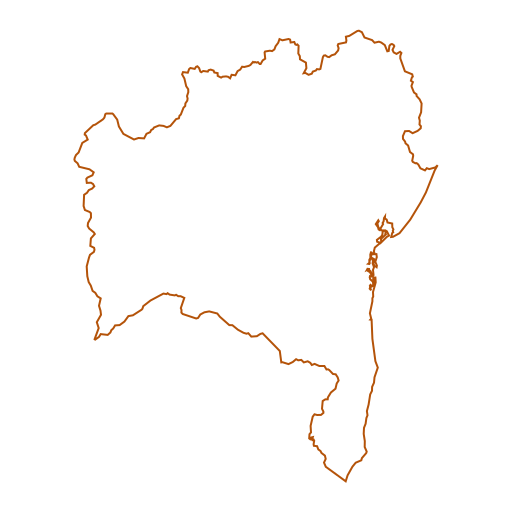 outline of Bahia
{"feature_id": "BRA-624", "entity_name": "Bahia", "entity_type": "State", "adm_level": 1, "iso_a3": "BRA", "parent_name": "Brazil", "parent_adm1": "", "projection": "natural_earth1", "projection_center": [-41.603, -13.426], "detail": "fine", "context": "isolated", "style": "outline", "palette": "amber", "viewbox_px": 512, "rotation_deg": 0, "n_neighbors": 0, "source": "natural_earth", "source_scale": "10m", "svg_char_len": 5932}
<svg xmlns="http://www.w3.org/2000/svg" viewBox="0 0 512 512"><path d="M429.2,169.1L435.4,167.4L437.6,165.2L434.7,170.4L425.9,192.5L420.7,202.4L410.2,219.7L399.5,233.2L393.0,236.8L391.2,237.0L392.2,233.1L393.0,232.3L393.4,233.2L392.8,230.8L393.4,229.4L392.3,227.2L392.2,223.5L387.5,222.5L386.7,219.6L384.9,218.5L385.0,216.5L384.0,218.1L383.6,221.4L382.6,223.0L383.1,224.1L380.4,228.6L378.9,228.2L378.2,226.8L377.4,223.4L378.8,221.2L378.3,220.3L375.8,224.1L378.0,227.2L378.6,229.4L379.6,230.1L380.8,229.3L381.3,230.4L383.6,230.4L382.6,232.2L382.4,234.6L381.2,236.6L376.9,239.9L377.1,241.7L380.4,242.8L374.8,247.6L373.9,251.2L374.5,253.3L371.2,253.1L371.2,251.5L370.3,254.6L370.4,257.8L369.3,259.9L369.4,262.8L368.2,263.8L369.3,264.0L369.7,263.4L369.5,261.1L370.4,259.0L371.2,258.5L372.3,259.1L373.0,261.1L372.6,263.3L374.0,267.2L373.0,269.9L373.5,274.7L372.6,274.7L371.5,273.7L370.6,271.2L369.3,270.3L369.1,269.0L367.5,268.8L366.8,270.1L368.1,269.5L368.1,271.1L369.9,272.1L371.4,274.9L372.9,275.9L372.3,276.7L370.0,276.1L369.7,277.3L370.2,279.3L372.8,281.6L373.4,285.0L371.5,285.8L370.5,284.9L369.9,285.7L370.3,286.8L369.7,288.7L371.1,290.3L370.1,287.3L374.3,285.3L373.8,281.6L374.5,280.5L373.1,279.0L374.1,277.5L375.4,277.5L375.7,282.4L373.0,292.0L373.2,296.6L372.4,298.2L372.4,301.3L369.9,313.3L371.2,318.7L370.4,319.6L371.6,319.8L372.4,338.9L375.4,361.2L377.8,367.6L374.5,377.3L374.0,382.7L372.1,386.9L372.0,390.8L370.2,394.4L368.6,404.6L366.9,411.1L367.5,415.3L366.4,418.0L365.6,423.8L364.0,427.8L363.7,433.9L364.8,441.1L364.7,447.0L366.7,451.6L366.2,453.1L361.9,458.1L361.3,460.3L355.7,462.7L352.5,466.6L347.6,475.3L345.7,481.3L325.8,466.8L324.0,462.6L325.7,458.9L324.9,455.6L321.5,453.0L320.5,451.0L318.3,449.4L317.1,446.2L313.9,445.8L313.6,444.2L314.2,440.7L313.6,439.6L312.4,440.2L312.0,439.6L312.8,437.1L311.2,437.5L310.2,439.2L309.2,438.4L309.5,434.2L311.0,432.4L310.6,425.9L312.7,416.7L314.5,414.3L317.1,415.0L321.0,414.9L323.4,412.9L323.4,411.6L322.0,408.8L322.7,401.0L325.4,399.3L327.7,399.3L327.9,397.4L330.9,392.5L335.5,388.7L336.7,383.5L338.6,380.5L337.7,377.4L335.7,374.3L333.0,374.0L329.2,370.0L328.0,369.3L326.5,369.5L324.4,366.0L319.3,366.0L314.6,363.9L311.8,365.0L310.3,362.8L307.7,361.3L303.8,362.4L301.3,359.9L298.2,360.3L296.1,359.2L292.8,362.0L288.5,364.1L282.4,362.2L281.3,362.4L279.8,351.0L262.6,333.3L260.4,333.9L256.9,336.2L251.3,336.6L248.3,333.2L246.5,333.7L243.5,332.8L237.9,329.7L232.4,325.2L229.3,325.1L219.8,316.7L217.3,313.5L209.2,311.4L204.4,312.3L200.3,314.5L198.1,317.9L196.2,318.5L182.7,314.0L181.4,312.6L181.5,310.0L180.8,308.1L184.3,297.9L180.6,296.2L178.2,296.2L176.1,294.8L174.8,295.4L169.6,294.6L167.6,293.2L166.6,294.1L163.4,293.6L150.5,300.5L143.3,306.1L142.4,308.8L141.6,309.7L132.9,315.3L128.4,316.1L124.4,321.6L119.6,325.1L115.1,325.4L113.2,328.5L111.3,330.2L110.4,332.5L107.7,334.9L100.7,334.1L99.0,336.9L95.2,339.6L94.6,339.2L98.7,328.1L96.8,322.2L101.0,314.8L100.5,310.7L99.0,305.8L100.7,298.4L97.4,296.3L95.3,292.8L92.6,290.9L90.8,285.6L88.7,282.1L87.3,276.2L86.7,266.4L89.0,257.6L90.0,254.8L93.9,251.9L94.5,249.8L94.1,247.8L90.3,245.9L90.9,238.4L94.8,234.0L93.8,232.4L89.1,228.5L87.7,226.0L88.0,223.0L91.0,217.6L90.9,213.2L89.7,212.0L84.9,210.0L83.6,206.0L84.1,194.8L87.0,192.8L88.8,190.1L92.1,188.6L94.3,186.3L93.0,184.0L90.9,182.7L86.8,182.9L86.3,178.9L87.4,177.6L92.4,175.3L93.7,172.3L89.5,169.3L79.2,166.8L77.6,163.3L74.8,160.9L74.4,159.4L74.8,157.6L76.0,155.0L78.6,152.5L82.3,142.9L87.7,139.6L86.0,135.5L84.7,134.6L84.9,133.1L93.3,125.2L95.3,124.6L103.0,119.3L104.4,117.6L105.3,114.2L106.3,113.5L112.4,113.5L113.3,114.3L117.2,119.6L118.9,126.5L123.4,133.9L134.0,139.5L138.5,138.0L144.1,138.4L146.5,133.8L150.1,132.2L151.2,130.0L152.9,129.1L154.0,127.5L159.2,125.4L163.5,125.9L166.9,127.3L170.4,125.9L176.1,119.1L178.9,118.3L179.5,115.7L180.8,114.6L183.5,107.7L185.2,106.0L185.4,103.4L187.3,100.6L187.6,98.5L187.0,96.1L188.3,92.2L188.2,89.2L186.2,86.2L184.4,78.5L182.1,74.4L183.0,72.1L187.8,72.7L189.1,69.1L190.4,68.0L194.7,68.9L196.1,66.8L197.4,66.3L199.1,68.1L200.3,71.5L201.3,72.2L203.2,71.0L207.8,71.6L208.6,70.2L210.7,69.6L213.6,70.6L214.3,72.5L217.6,73.1L217.7,75.9L221.1,77.6L222.6,76.7L226.1,76.4L228.1,76.8L230.1,78.3L231.6,74.8L235.4,75.3L237.6,71.1L240.2,69.6L242.1,66.7L244.2,67.0L248.7,65.9L250.4,65.0L253.0,61.9L254.0,62.5L254.9,62.0L256.6,62.6L257.9,62.1L259.7,64.0L260.6,64.0L262.7,60.4L265.2,58.7L264.6,52.4L265.1,51.5L269.9,50.7L272.1,51.1L274.4,49.4L275.6,46.2L278.2,42.8L279.5,39.1L282.4,40.3L288.6,39.0L290.1,39.6L290.6,42.5L294.3,42.0L295.3,44.4L296.4,44.9L297.3,44.4L298.6,45.8L298.3,53.5L299.8,56.1L300.0,59.3L305.9,62.6L306.4,68.2L303.7,73.2L305.3,72.9L308.6,74.8L311.8,73.7L312.8,71.6L315.9,70.5L316.9,69.1L319.2,69.4L320.4,68.9L322.9,57.1L323.8,55.6L325.3,55.3L327.5,56.8L329.2,57.1L331.6,55.3L334.9,54.3L338.1,50.5L338.6,48.2L337.7,45.4L338.3,44.0L346.0,42.4L346.4,40.6L345.9,36.7L349.3,35.9L357.3,31.0L358.9,30.7L361.9,32.2L364.5,37.5L372.1,40.1L374.5,42.7L378.9,41.7L381.2,42.5L384.8,45.1L387.3,51.3L388.7,51.0L389.4,45.9L390.5,44.5L391.9,44.0L393.6,44.9L394.3,46.1L392.5,49.9L393.7,52.4L396.5,53.9L400.1,51.8L401.4,53.0L400.3,55.8L400.3,58.4L404.9,71.3L412.2,74.3L412.8,76.6L411.9,77.4L410.9,80.7L412.9,82.1L411.5,85.7L411.6,86.7L414.0,92.5L416.5,94.3L416.6,96.0L419.6,99.3L421.6,103.5L421.1,112.3L419.0,117.7L419.8,120.7L419.5,124.5L420.9,126.2L420.7,128.3L417.6,130.9L412.6,133.2L409.1,131.0L405.0,131.2L402.9,136.1L403.0,138.9L405.1,141.6L405.5,143.3L408.1,145.5L410.0,152.0L413.0,154.3L413.2,155.8L412.2,160.7L412.8,161.9L415.5,163.3L416.6,163.1L418.3,164.5L420.4,168.3L425.0,170.4L426.8,168.2L429.2,169.1ZM371.5,254.3L376.4,254.1L376.8,257.1L375.3,261.8L376.9,265.6L376.6,267.1L375.8,266.4L374.7,266.5L373.5,263.8L374.0,259.1L370.9,257.3L371.5,254.3ZM386.9,231.3L389.0,235.6L386.9,236.8L381.2,242.4L381.0,238.9L385.8,234.5L385.3,233.9L385.8,232.8L384.7,230.7L385.3,230.4L386.9,231.3Z" fill="none" stroke="#b45309" stroke-width="2"/></svg>